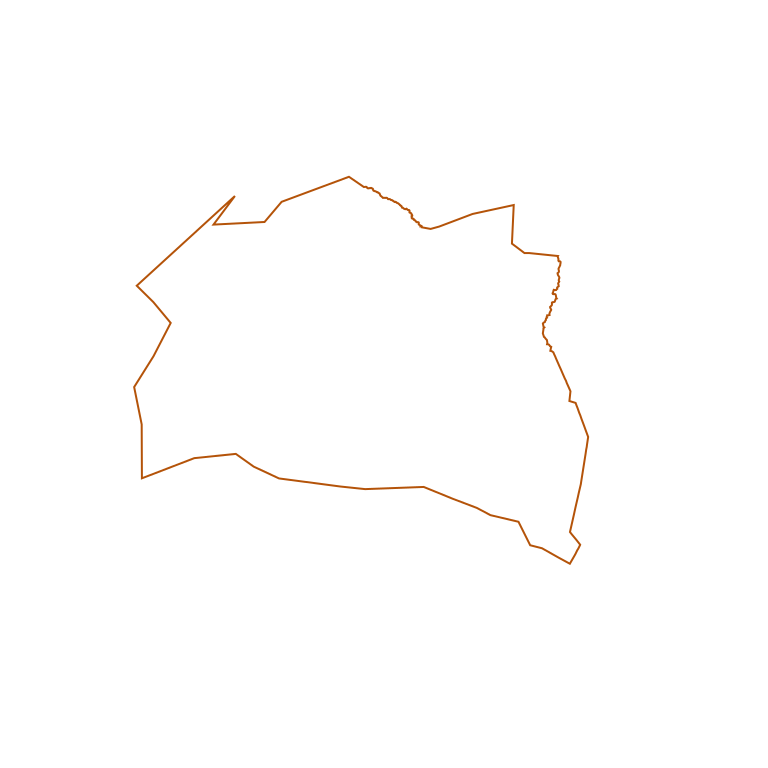 Bayandun, Dornod, Mongolia, rotated 127°
{"feature_id": "93677404B6552639401597", "entity_name": "Bayandun", "entity_type": "district", "adm_level": 2, "iso_a3": "MNG", "parent_name": "Mongolia", "parent_adm1": "Dornod", "projection": "robinson", "projection_center": [113.06, 49.385], "detail": "fine", "context": "isolated", "style": "outline", "palette": "amber", "viewbox_px": 768, "rotation_deg": 127, "n_neighbors": 0, "source": "geoboundaries", "source_scale": "gbopen_adm2", "svg_char_len": 5866}
<svg xmlns="http://www.w3.org/2000/svg" viewBox="0 0 768 768"><g transform="rotate(127 384 384)"><path d="M323.6,616.2L454.3,640.6L457.4,617.5L463.6,591.1L500.5,584.8L536.8,581.7L562.1,553.2L605.0,520.6L557.4,490.9L529.0,460.3L528.4,438.3L522.6,411.0L492.1,357.1L479.3,335.8L442.3,290.3L434.2,259.7L427.1,235.3L424.7,220.1L413.1,193.7L424.8,170.2L420.1,159.0L417.6,140.2L415.7,127.4L413.4,127.7L410.1,128.1L406.8,128.5L404.6,128.8L400.5,129.6L399.0,129.7L398.3,129.8L394.6,130.5L394.3,130.6L392.6,137.0L391.8,140.4L391.4,142.1L391.0,143.8L390.3,146.4L374.3,153.6L366.9,157.0L357.9,161.0L353.1,163.2L345.6,166.5L341.9,168.5L337.2,171.0L318.6,180.9L314.6,183.1L312.3,184.2L310.4,185.3L303.4,189.1L300.0,194.4L297.4,198.4L295.6,201.2L293.0,205.3L290.9,208.4L289.5,210.8L286.7,215.0L285.3,217.3L283.8,219.6L284.1,220.5L285.0,222.9L286.0,225.7L277.6,230.7L275.8,233.9L274.2,236.8L273.3,238.5L271.9,240.6L270.8,242.9L268.1,247.7L266.6,250.3L265.7,251.9L264.4,254.3L263.9,255.2L261.6,259.3L259.8,262.5L259.0,263.8L257.8,266.1L256.8,267.8L256.8,268.7L256.8,269.5L257.0,270.2L257.4,271.1L254.7,272.4L253.7,272.8L253.8,273.7L253.9,274.1L253.7,274.5L253.3,276.1L253.6,277.0L254.1,277.7L253.2,278.1L252.5,278.6L251.2,280.0L250.7,280.7L250.7,281.5L250.3,283.0L250.0,283.8L250.1,284.7L249.5,285.4L248.0,287.6L245.6,288.9L244.8,289.3L243.7,290.1L243.4,290.1L242.3,290.0L242.4,290.9L240.7,292.8L240.1,293.5L239.1,293.5L238.9,293.5L238.2,293.0L237.7,292.8L237.3,292.9L236.4,293.3L235.4,293.2L234.8,293.8L234.4,293.9L233.9,294.0L232.9,293.7L232.6,294.4L232.4,294.5L231.4,294.8L230.9,295.0L230.5,294.2L229.8,293.8L229.3,293.3L228.8,293.8L228.1,294.3L227.1,294.6L226.2,294.8L224.5,295.0L224.1,295.1L223.7,295.8L223.3,296.8L222.6,297.7L220.3,297.4L219.8,297.5L219.5,297.7L217.9,298.9L217.4,298.7L217.1,298.5L216.8,298.0L216.5,297.8L216.0,297.4L215.5,297.2L214.5,297.5L213.1,298.0L212.6,298.0L211.8,297.5L211.7,297.9L211.5,298.3L209.6,300.3L209.2,301.1L209.3,301.5L209.6,302.0L210.4,302.9L210.5,303.3L210.2,303.9L210.0,304.0L209.1,304.1L208.4,304.4L207.6,304.8L206.6,305.1L206.0,303.8L205.4,303.1L204.4,303.1L203.7,302.9L203.5,303.1L203.1,303.6L202.7,303.8L201.8,303.6L200.8,303.3L199.6,304.5L199.2,305.2L198.8,305.5L198.2,305.6L197.1,305.6L196.7,305.7L196.5,306.2L196.1,306.8L195.8,307.0L194.9,307.4L193.7,307.8L193.3,308.2L192.9,309.0L192.6,309.8L192.3,310.6L191.4,311.8L191.0,312.1L190.5,311.9L190.0,311.8L189.4,311.8L188.9,312.0L188.6,312.2L188.1,312.7L187.6,313.4L186.7,314.1L186.0,314.2L184.8,314.4L183.9,314.6L183.0,314.8L182.1,315.4L181.1,315.8L180.2,316.5L180.1,317.2L180.2,317.5L180.3,317.6L180.8,318.3L180.7,318.5L180.5,319.0L179.2,319.9L178.7,320.6L177.7,322.0L177.1,322.1L191.9,346.6L194.9,350.6L194.9,366.3L163.0,388.1L194.9,415.6L225.1,434.7L232.1,440.1L236.1,448.1L235.6,448.3L235.3,448.8L235.2,449.0L235.3,449.4L235.8,449.5L236.1,449.8L235.9,449.9L235.7,450.1L235.5,450.5L235.5,450.8L235.6,451.4L235.7,452.0L235.6,452.3L235.5,452.5L235.1,452.7L234.7,452.9L234.5,453.1L234.3,453.2L234.2,453.4L234.1,453.6L234.1,453.8L234.2,454.1L234.4,454.4L234.8,454.9L235.0,455.1L234.9,455.7L235.0,455.9L235.1,456.2L235.1,456.3L235.1,456.5L234.9,456.7L234.7,457.0L234.7,457.3L234.6,457.5L234.6,457.9L234.7,458.2L234.9,458.7L234.9,458.9L234.7,459.1L234.5,459.3L234.3,459.6L234.3,459.9L234.4,460.3L234.7,460.6L234.9,460.8L234.9,461.1L234.8,461.3L234.8,461.6L234.7,461.9L234.3,462.1L234.0,462.2L233.6,462.4L233.6,462.8L233.3,463.0L233.2,462.9L232.9,462.8L232.6,462.7L232.3,462.9L232.2,463.1L232.1,463.3L232.0,463.5L231.9,463.8L231.8,464.3L231.5,464.6L231.4,464.7L231.4,465.1L231.3,465.4L231.3,465.7L231.3,465.9L231.5,466.3L231.7,466.7L231.6,467.0L230.9,467.5L230.3,467.8L230.1,468.1L230.1,468.3L230.0,468.6L230.0,468.8L230.2,469.1L230.4,469.2L230.6,469.5L230.7,469.9L230.7,470.2L230.6,470.8L230.4,471.2L230.4,471.5L230.7,471.7L231.1,471.9L231.3,472.1L231.6,472.2L231.7,472.4L231.7,472.7L231.8,472.9L231.9,473.2L232.0,473.4L232.0,473.6L231.9,474.2L231.9,474.5L231.9,474.9L231.9,475.1L232.3,475.6L232.2,475.9L232.1,476.1L231.9,476.3L231.7,476.6L231.5,477.0L231.4,477.2L231.5,477.4L231.6,477.6L231.5,477.9L231.4,478.1L231.4,478.3L231.5,478.5L231.6,478.8L231.5,479.0L231.3,479.2L231.3,479.4L231.3,479.6L231.3,479.9L231.3,480.2L231.3,480.5L231.2,480.6L231.2,481.2L231.2,481.4L231.2,481.7L231.4,482.0L231.5,482.3L231.6,482.5L231.5,483.0L231.4,483.3L231.4,483.6L231.6,483.8L231.6,484.0L231.6,484.3L231.6,484.5L231.8,484.7L232.1,484.8L232.3,485.1L232.3,485.3L232.2,485.5L232.2,485.9L232.2,486.1L232.3,486.3L232.3,486.6L232.3,486.8L232.2,487.0L232.4,487.3L232.4,487.5L232.4,487.9L232.3,488.1L232.4,488.3L232.5,488.8L232.8,489.1L232.9,489.4L232.9,489.7L232.8,490.2L232.8,490.3L232.8,490.6L233.0,490.9L233.4,491.4L233.6,491.6L233.9,491.9L233.9,492.1L233.9,492.3L233.8,492.5L233.7,492.8L233.6,493.2L233.6,493.6L233.7,493.9L233.8,494.1L234.0,494.4L234.3,494.6L234.7,495.1L235.0,495.6L235.2,495.9L235.4,496.3L235.8,496.6L236.0,496.8L235.9,497.3L235.9,497.5L235.8,498.4L235.7,499.1L235.7,499.5L235.8,499.8L235.7,500.2L235.6,500.4L235.5,500.6L235.4,500.8L235.2,501.0L235.0,501.3L235.0,501.5L234.9,501.7L234.7,501.9L234.5,502.2L234.5,502.5L234.7,503.2L234.6,503.8L234.8,504.0L234.8,504.3L234.7,504.5L234.7,504.8L234.9,505.0L235.1,505.2L235.1,505.4L235.1,505.8L235.1,506.1L235.1,506.4L235.2,506.7L235.3,507.0L235.4,507.3L235.5,507.4L235.6,507.5L235.6,507.9L235.6,508.1L235.9,508.4L235.9,508.7L235.9,508.9L235.6,509.4L235.5,509.6L235.4,509.8L235.2,510.0L234.8,510.4L234.8,510.6L234.8,510.8L235.0,511.1L235.0,511.3L235.0,511.5L235.0,511.9L235.0,512.0L235.4,512.3L235.5,512.4L235.6,512.6L235.6,512.8L235.7,513.0L235.9,513.1L236.1,513.2L236.4,513.6L236.8,513.8L237.0,514.0L237.1,514.4L237.4,514.6L237.5,515.0L237.4,515.5L237.4,515.8L237.4,516.1L237.1,516.5L237.3,517.0L237.8,517.6L238.8,518.6L239.6,536.7L300.1,575.4L326.5,576.9L359.3,616.1L323.6,616.2Z" fill="none" stroke="#b45309" stroke-width="2"/></g></svg>